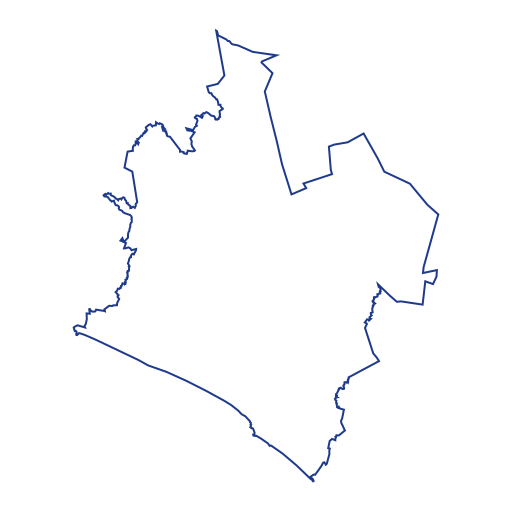 the district of Petatlán, Guerrero, Mexico
{"feature_id": "50627088B29884383288787", "entity_name": "Petatlán", "entity_type": "district", "adm_level": 2, "iso_a3": "MEX", "parent_name": "Mexico", "parent_adm1": "Guerrero", "projection": "natural_earth1", "projection_center": [-101.255, 17.633], "detail": "fine", "context": "isolated", "style": "outline", "palette": "blue", "viewbox_px": 512, "rotation_deg": 0, "n_neighbors": 0, "source": "geoboundaries", "source_scale": "gbopen_adm2", "svg_char_len": 6063}
<svg xmlns="http://www.w3.org/2000/svg" viewBox="0 0 512 512"><path d="M438.3,214.4L427.5,204.9L409.9,183.7L384.3,171.7L377.6,158.2L363.6,133.5L347.7,142.3L334.2,144.6L328.9,146.6L330.8,169.7L332.0,174.1L303.5,183.5L306.2,188.1L291.5,194.4L282.0,164.2L276.9,141.7L270.7,117.1L264.8,91.5L272.5,73.2L261.5,62.5L262.0,61.4L276.5,55.3L252.8,51.9L238.0,45.4L232.8,44.4L231.4,43.7L229.4,41.1L227.8,41.0L226.4,39.5L218.2,35.4L216.9,31.1L216.2,30.7L224.4,75.5L217.8,83.9L207.1,86.5L208.8,92.3L210.1,93.3L211.4,93.2L212.1,94.9L213.4,96.4L214.8,97.3L216.3,99.4L217.0,99.3L218.0,101.6L218.4,104.8L220.4,104.8L220.3,105.4L221.5,107.6L222.8,108.5L222.7,109.1L219.6,111.0L219.5,112.0L220.1,114.5L219.7,115.1L220.2,116.8L219.8,117.2L219.3,117.1L218.8,117.8L218.7,118.9L217.8,119.3L217.3,119.1L217.0,119.6L216.5,119.3L215.8,119.6L215.3,119.3L214.9,117.4L214.1,116.2L211.2,115.6L208.1,113.0L206.3,112.1L204.5,113.5L203.4,113.1L203.2,113.6L201.3,115.1L202.3,116.3L202.7,116.3L202.0,117.8L198.3,115.7L196.4,115.5L196.1,116.3L194.8,117.3L195.0,118.0L197.0,119.0L197.5,120.9L196.0,124.6L196.9,125.7L194.9,126.9L193.1,130.1L186.4,128.3L187.4,130.4L190.9,130.8L194.6,132.3L190.4,138.4L191.8,141.4L191.4,144.0L192.1,146.4L194.9,150.5L194.2,151.1L192.0,151.3L187.9,150.7L188.0,151.2L186.5,153.3L187.5,154.1L184.1,153.4L183.6,153.1L183.7,152.2L181.6,151.5L180.0,151.7L180.0,149.9L170.0,136.8L167.8,136.3L166.9,135.6L166.9,134.0L166.4,133.8L166.2,133.2L166.4,132.7L165.6,132.0L166.2,131.7L166.2,131.4L165.0,130.9L164.7,129.8L163.2,130.7L162.2,127.4L163.8,127.8L163.2,127.2L163.3,126.3L162.5,125.6L162.7,124.9L162.0,124.2L159.8,123.3L159.4,124.0L157.7,123.5L156.0,122.3L155.9,125.3L152.2,125.9L152.1,126.2L150.4,124.2L148.9,124.9L149.2,124.5L145.8,127.4L146.0,128.3L146.5,128.9L146.4,129.7L147.1,130.1L146.0,131.7L145.0,131.4L144.9,132.8L144.4,133.3L143.6,132.9L142.1,135.9L141.2,135.7L139.7,137.7L138.6,138.4L138.5,139.1L137.5,139.1L137.8,139.5L137.1,140.8L138.8,142.8L138.0,143.5L138.0,144.0L135.7,141.9L135.5,144.7L134.9,145.5L133.9,145.3L133.1,146.4L132.7,149.1L132.9,150.8L127.6,151.6L124.5,167.6L132.3,171.6L137.2,202.2L135.7,204.0L135.8,205.7L134.8,207.9L133.1,206.7L132.0,207.1L131.5,208.0L130.4,208.1L130.3,206.0L128.2,204.4L127.8,203.2L127.2,203.5L126.7,203.3L126.1,200.8L125.0,199.6L124.4,197.8L123.3,197.3L122.2,198.1L121.4,199.3L120.9,198.6L119.7,198.8L118.5,199.3L118.2,200.2L117.0,199.1L115.6,198.4L114.4,196.9L110.8,195.1L110.7,193.6L109.1,193.8L108.1,193.0L106.4,194.5L106.1,194.6L105.3,193.9L103.6,195.2L104.3,196.4L106.9,196.7L108.1,197.4L110.2,200.3L111.1,200.7L111.6,201.5L113.9,200.7L114.4,202.5L115.7,205.1L117.4,205.4L118.4,206.0L119.1,207.2L118.7,208.2L119.3,209.6L122.1,210.8L123.0,212.2L124.8,213.2L130.1,215.0L131.3,216.3L131.9,217.8L131.4,219.1L131.8,219.9L131.7,222.1L130.9,222.9L130.2,224.8L130.4,225.7L130.1,227.5L129.6,228.5L129.3,231.0L128.7,231.7L128.0,234.0L128.0,237.6L124.5,241.4L123.2,240.3L122.4,238.1L120.5,240.6L126.0,243.0L124.0,248.4L125.1,248.4L128.4,247.4L130.3,248.4L131.5,250.2L136.1,249.0L135.9,250.5L133.8,254.4L132.8,253.7L131.8,254.3L130.9,255.9L131.0,257.1L130.2,257.2L129.1,259.2L128.9,260.8L127.9,263.5L129.5,266.1L128.8,266.8L129.1,267.3L129.0,270.6L127.7,270.9L127.3,271.8L127.7,272.1L127.2,272.9L127.6,273.2L127.5,275.8L127.9,276.1L127.5,277.1L126.9,277.6L127.4,278.1L127.0,279.1L125.7,279.6L126.0,280.0L124.9,282.0L124.9,282.8L125.7,282.7L125.5,283.9L124.6,284.5L123.8,283.6L122.5,283.3L121.8,285.4L121.4,286.3L121.0,286.2L120.7,287.9L120.1,287.8L119.5,288.9L117.8,288.7L117.1,290.7L115.6,292.1L117.6,294.2L117.5,294.7L118.5,295.2L117.5,296.9L119.2,298.9L117.1,303.1L117.0,305.2L113.0,305.4L112.4,306.0L109.1,305.8L104.6,309.2L104.9,311.2L103.4,310.5L103.1,310.8L96.1,309.6L95.3,311.4L93.0,311.7L91.3,311.2L89.8,309.0L89.2,309.2L89.8,313.7L86.6,313.4L86.8,319.1L85.9,323.7L84.5,326.1L85.1,327.5L77.6,325.3L74.3,326.9L73.7,327.6L74.7,330.8L75.1,330.5L75.6,330.7L76.7,332.2L76.2,334.0L76.4,335.0L77.1,335.1L79.0,333.2L80.0,333.3L84.9,335.0L95.5,339.6L138.4,360.0L148.1,365.4L166.5,371.9L186.5,380.9L206.6,391.1L224.3,400.8L231.1,405.0L238.2,410.6L241.6,414.2L245.2,416.2L250.0,421.3L250.1,422.3L250.8,422.8L250.8,423.9L251.1,424.5L250.6,424.8L250.9,426.6L250.3,427.2L251.6,428.3L252.6,428.2L253.3,429.1L254.6,432.8L254.2,434.5L253.2,434.6L253.4,435.5L254.9,436.0L255.2,435.6L256.1,435.7L260.9,438.5L267.8,443.3L269.8,445.9L270.7,445.5L271.3,445.7L282.6,453.6L296.4,465.3L310.7,479.0L311.7,479.5L313.1,481.3L313.6,481.0L313.0,479.4L311.4,477.8L310.8,476.6L313.8,474.5L315.1,474.8L321.2,466.3L323.1,462.7L324.3,462.3L325.8,464.7L326.8,463.7L329.4,454.1L329.3,450.6L329.8,448.6L328.2,448.1L329.7,441.0L332.0,438.9L335.3,440.2L335.3,438.9L335.9,437.7L335.4,436.7L336.5,436.1L336.5,435.3L338.9,435.4L344.9,430.5L341.2,422.6L341.1,420.6L342.1,418.6L343.9,409.7L338.7,408.1L339.1,407.3L338.8,406.8L338.3,407.4L337.1,407.2L336.8,404.6L336.4,403.9L336.9,403.4L336.1,402.4L336.4,400.9L335.4,400.0L335.5,399.1L335.0,398.8L335.9,397.5L337.1,397.3L336.4,396.9L336.7,396.2L336.1,396.4L335.8,396.0L336.2,394.8L336.0,394.2L336.5,394.0L338.2,390.9L338.6,389.3L339.0,389.5L339.7,388.6L339.5,388.2L340.8,387.7L342.7,389.1L344.0,388.8L344.1,387.6L343.4,386.1L343.7,385.8L343.5,385.3L344.5,384.4L344.4,382.4L344.9,382.1L346.5,382.6L347.0,381.9L347.9,382.7L348.2,381.3L347.9,379.7L348.6,379.0L348.4,378.5L348.9,377.9L348.7,377.3L379.0,361.1L376.9,357.8L373.2,353.3L365.0,327.9L366.9,324.0L366.5,323.3L364.8,322.5L367.1,319.3L368.3,319.6L369.0,320.6L370.9,318.8L369.6,318.3L369.5,317.3L371.6,315.4L371.0,314.9L370.8,313.0L372.6,312.4L372.2,308.4L373.4,305.8L372.9,305.6L373.8,304.2L375.1,303.5L374.4,302.8L374.0,303.3L372.7,301.7L373.0,301.4L372.8,300.6L373.6,300.2L374.2,298.6L373.8,297.9L374.2,297.0L375.5,297.3L376.2,296.8L377.4,296.6L377.7,295.7L377.3,294.3L380.3,293.4L380.3,292.5L379.8,292.0L380.6,291.4L380.1,290.5L380.6,289.8L380.4,288.3L378.7,286.9L378.0,284.3L390.0,295.8L396.9,301.8L401.0,301.4L422.6,304.6L425.3,281.3L433.0,284.1L436.5,276.6L436.9,270.1L423.0,273.0L423.6,267.2L438.3,214.4Z" fill="none" stroke="#1e3a8a" stroke-width="2"/></svg>